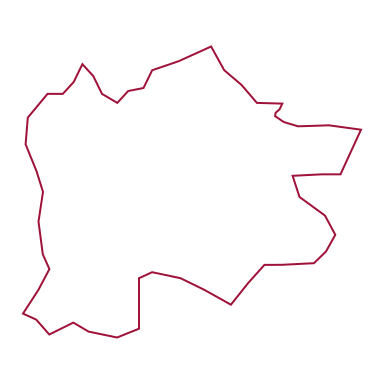 Priština, Albers equal-area conic projection
{"feature_id": "KOS-5902", "entity_name": "Priština", "entity_type": "District", "adm_level": 1, "iso_a3": "XKX", "parent_name": "Kosovo", "parent_adm1": "", "projection": "albers", "projection_center": [21.268, 42.679], "detail": "fine", "context": "isolated", "style": "outline", "palette": "rose", "viewbox_px": 384, "rotation_deg": 0, "n_neighbors": 0, "source": "natural_earth", "source_scale": "10m", "svg_char_len": 780}
<svg xmlns="http://www.w3.org/2000/svg" viewBox="0 0 384 384"><path d="M282.3,103.6L279.6,109.3L275.6,112.8L275.1,116.1L283.7,122.0L298.0,126.3L308.4,126.0L328.9,125.3L361.0,129.7L340.5,174.3L322.3,174.3L292.6,175.8L299.5,197.0L325.0,215.6L335.3,234.8L326.0,251.5L313.9,263.2L282.0,264.8L264.4,264.9L248.1,283.1L230.9,304.7L204.6,290.0L180.5,278.2L152.1,272.2L139.0,278.2L139.0,304.9L139.0,328.7L117.1,337.5L88.6,331.6L73.3,322.6L49.3,334.5L36.2,319.6L23.0,313.6L38.4,289.9L49.4,269.1L42.8,254.3L38.5,221.6L43.0,191.9L36.5,171.1L25.6,144.3L27.8,117.6L47.5,93.9L62.8,93.9L73.7,82.0L82.4,64.2L93.3,76.1L102.0,93.9L117.3,102.9L128.2,91.0L143.5,88.0L152.2,70.2L178.4,61.3L211.1,46.5L224.2,70.2L241.6,85.0L256.9,102.9L282.3,103.6Z" fill="none" stroke="#9f1239" stroke-width="2"/></svg>